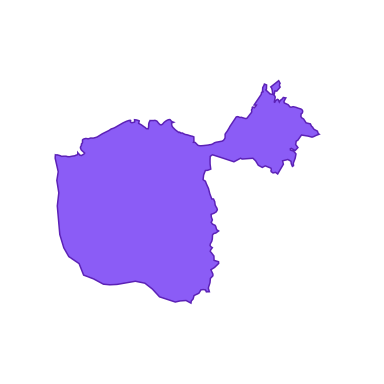 outline of Atiwa West, Eastern, Ghana, rotated 242°
{"feature_id": "2480657B65169023596143", "entity_name": "Atiwa West", "entity_type": "district", "adm_level": 2, "iso_a3": "GHA", "parent_name": "Ghana", "parent_adm1": "Eastern", "projection": "orthographic", "projection_center": [-0.601, 6.209], "detail": "fine", "context": "isolated", "style": "filled", "palette": "violet", "viewbox_px": 384, "rotation_deg": 242, "n_neighbors": 0, "source": "geoboundaries", "source_scale": "gbopen_adm2", "svg_char_len": 6110}
<svg xmlns="http://www.w3.org/2000/svg" viewBox="0 0 384 384"><g transform="rotate(242 192 192)"><path d="M288.9,88.8L287.2,87.7L285.9,87.0L272.7,83.4L265.7,78.1L253.8,74.0L242.9,66.5L216.5,55.3L202.9,52.6L192.8,52.9L181.8,58.7L169.5,57.3L161.5,64.3L152.2,70.5L148.7,75.8L145.6,82.4L139.8,100.1L133.6,107.6L124.8,111.5L114.7,114.1L102.7,125.6L101.4,130.4L99.0,135.8L94.4,138.9L96.1,140.2L97.0,142.7L99.6,145.2L99.4,150.6L101.4,153.9L100.6,156.1L99.2,157.9L97.1,157.8L95.8,160.5L99.4,161.3L100.7,162.4L101.9,163.7L103.5,165.3L107.1,167.7L108.2,171.1L109.7,171.9L114.5,172.2L114.8,176.5L116.4,182.0L118.0,182.7L119.5,181.2L121.3,179.4L124.2,180.8L125.2,181.3L128.8,180.7L131.0,180.2L132.2,181.4L133.3,183.8L134.8,183.0L136.3,182.8L137.5,183.7L139.3,186.4L141.0,187.9L144.5,190.0L145.1,191.6L144.6,193.8L145.1,197.2L147.2,196.1L150.6,196.8L151.8,196.7L154.1,195.0L156.3,194.7L156.9,195.8L157.8,196.9L160.8,197.3L163.3,198.4L162.9,201.5L163.1,204.1L164.4,206.0L166.0,206.4L167.5,206.3L169.5,206.3L171.2,206.9L172.7,207.5L175.7,207.7L176.6,206.2L182.1,206.9L187.3,208.2L192.2,208.5L195.3,208.9L196.2,208.3L197.7,207.6L199.3,208.7L201.6,210.3L204.7,213.9L203.8,216.0L203.4,219.3L208.2,221.1L211.7,222.9L214.9,224.8L215.3,227.5L207.8,234.8L199.0,243.2L199.0,250.7L197.6,251.7L193.2,261.6L189.7,262.8L184.5,263.1L180.7,265.6L180.7,268.4L180.6,269.0L176.1,272.8L175.4,272.8L174.7,272.6L173.7,271.7L173.3,271.6L172.7,271.5L170.8,272.5L170.1,275.0L167.7,276.1L173.6,285.7L177.0,286.6L175.7,291.9L172.7,293.8L170.3,292.9L167.5,292.7L167.6,294.0L169.9,295.0L173.4,299.0L176.8,301.7L180.4,300.9L182.8,298.6L184.0,299.1L183.9,300.2L180.2,302.6L181.5,306.4L185.2,305.8L188.0,307.9L188.0,309.7L190.9,315.4L186.9,320.7L184.1,323.7L183.8,325.2L183.7,328.0L183.3,331.4L184.3,330.9L186.9,331.3L190.0,329.2L191.7,328.9L192.3,329.0L194.1,328.4L196.6,328.5L199.5,325.2L200.9,325.1L201.9,325.0L204.1,324.8L206.0,323.7L207.6,323.6L209.9,325.2L209.8,325.7L209.9,326.2L210.0,326.4L210.4,326.9L210.8,327.3L211.3,327.6L211.9,327.8L213.1,327.7L213.7,327.4L214.2,327.1L216.4,324.9L217.9,323.6L219.9,321.3L220.3,319.4L221.0,318.5L221.5,318.4L222.7,318.1L223.3,318.0L223.8,317.9L224.2,317.7L224.7,317.3L225.1,317.0L225.5,316.7L227.3,315.3L228.6,315.6L229.7,316.9L229.8,317.2L230.0,317.4L230.6,318.3L230.8,318.6L231.0,319.0L232.6,317.0L232.1,315.9L231.7,314.9L231.6,313.9L231.5,313.1L230.4,311.3L232.8,311.5L233.6,311.1L233.7,310.6L233.5,309.7L233.4,309.0L233.1,308.3L232.8,307.9L232.4,307.3L232.4,307.1L232.7,306.9L232.8,306.9L236.8,310.1L238.6,310.1L239.1,309.8L240.4,311.1L242.2,312.5L242.3,312.6L241.5,313.9L241.3,314.2L241.7,315.2L241.8,315.4L242.5,317.3L243.3,319.1L244.6,319.0L246.3,320.1L246.6,320.8L249.6,320.8L247.8,310.9L246.3,311.1L244.2,310.6L241.7,309.7L240.2,309.6L240.4,308.8L241.9,307.0L247.5,305.1L248.0,306.1L251.5,308.1L253.0,306.9L253.3,306.6L252.3,305.5L251.0,303.5L248.3,301.8L247.8,301.8L247.4,301.9L247.1,301.8L247.3,300.8L247.4,300.4L247.1,300.0L245.7,299.0L239.7,287.7L239.2,288.4L238.9,288.9L238.7,289.4L238.5,289.7L238.1,289.1L238.0,288.8L237.8,288.2L237.6,287.8L237.4,287.3L237.3,286.8L237.2,286.7L238.1,285.9L238.5,285.6L238.5,285.0L238.4,284.9L237.6,284.7L237.4,284.5L236.9,283.5L236.6,283.2L236.2,282.9L235.7,282.8L235.2,282.6L234.4,282.0L231.5,275.6L231.4,275.2L231.4,274.5L231.9,273.5L233.7,271.7L234.8,270.6L235.0,270.3L235.1,269.7L235.3,269.3L236.6,268.3L237.2,267.5L237.5,266.3L232.1,256.3L231.4,255.3L229.2,251.7L227.8,248.8L227.4,248.4L227.1,248.1L226.6,247.9L224.7,246.9L224.2,246.5L223.7,245.8L223.3,245.1L223.0,244.4L222.8,243.8L222.8,243.1L222.8,242.2L223.0,241.7L223.2,241.1L223.4,240.5L223.8,239.1L224.4,237.3L224.6,236.6L224.9,235.1L224.7,232.7L224.8,232.1L224.9,231.2L225.3,230.2L225.5,229.7L225.6,229.4L225.7,228.8L225.9,228.2L227.7,223.7L228.8,221.2L229.2,220.6L229.7,219.9L230.2,219.4L230.9,219.0L232.4,218.6L234.0,218.1L234.4,217.9L234.8,217.4L235.0,217.0L235.2,216.6L235.9,217.5L239.8,219.5L240.7,218.8L242.8,216.5L244.0,215.4L245.0,214.3L245.6,213.5L246.0,213.0L246.4,212.7L246.8,212.4L247.1,212.2L247.5,211.9L248.5,211.3L249.0,210.5L249.1,209.9L250.3,209.4L250.8,208.9L250.6,208.6L250.6,208.4L251.0,208.2L251.6,207.9L253.5,207.0L254.4,206.6L255.5,206.2L256.6,205.9L257.5,205.6L258.4,205.4L259.2,205.3L260.1,205.4L261.0,205.7L262.6,206.4L262.3,207.6L262.2,208.5L263.1,207.7L263.7,207.3L264.2,207.1L264.8,206.9L265.9,206.7L266.3,206.5L266.6,206.0L266.9,205.0L267.0,204.1L267.0,202.9L266.9,201.7L266.6,200.3L266.5,199.7L266.0,198.7L265.9,198.2L265.7,197.6L265.7,197.2L265.7,196.7L265.8,196.3L266.1,195.8L266.4,195.5L266.9,195.3L267.6,195.0L268.1,194.9L268.8,194.7L269.4,194.6L270.8,194.4L271.7,193.8L272.2,193.4L272.7,192.8L272.9,192.3L273.2,191.4L273.5,190.9L273.8,190.4L274.3,189.4L274.5,189.0L274.7,188.6L274.8,188.5L274.1,187.5L273.7,187.0L273.3,186.5L272.9,186.2L272.5,185.8L271.9,185.4L271.1,185.0L270.0,184.3L269.5,183.9L269.0,183.6L268.4,182.9L269.4,181.4L270.0,181.2L270.7,181.0L271.4,180.7L272.0,180.3L272.7,180.0L274.3,179.2L275.1,178.8L275.7,178.4L276.3,178.0L277.2,177.4L277.6,177.1L279.6,178.8L280.3,178.2L280.8,177.7L281.4,177.1L281.9,176.5L282.2,176.1L282.5,175.6L282.8,175.2L280.9,174.4L280.7,174.1L281.0,172.8L281.2,172.1L281.4,171.5L281.8,171.0L282.2,170.7L282.6,170.6L283.0,170.5L283.5,171.1L283.7,171.3L283.9,171.4L284.1,171.4L284.2,171.2L284.6,170.4L284.8,169.7L284.9,169.1L285.2,167.3L285.3,165.4L285.4,163.6L285.1,154.3L285.2,152.6L285.6,150.2L285.3,147.7L285.4,144.3L285.5,140.0L285.4,138.7L285.1,134.2L285.3,132.9L285.7,131.0L285.9,130.2L286.1,129.7L286.4,129.3L287.2,127.9L287.4,126.8L287.6,125.6L287.8,125.1L288.5,124.3L289.2,123.2L289.6,121.4L289.6,120.6L289.4,119.8L289.3,119.7L287.0,118.5L286.6,117.8L286.2,116.8L285.3,116.5L284.2,114.9L284.1,114.7L283.3,114.2L282.7,114.1L281.3,114.0L280.4,114.2L276.8,115.5L276.2,114.2L276.1,111.5L277.4,110.1L278.3,110.1L279.7,109.7L280.3,109.6L279.0,108.9L278.7,107.7L279.0,106.9L279.0,105.5L279.7,103.6L280.1,102.3L280.4,101.3L280.7,100.3L281.6,98.8L282.8,97.5L283.5,96.2L283.9,95.4L284.7,93.6L285.9,92.7L287.0,91.6L288.1,90.4L288.6,89.4L288.6,89.0L288.9,88.8Z" fill="#8b5cf6" stroke="#5b21b6" stroke-width="1.5"/></g></svg>